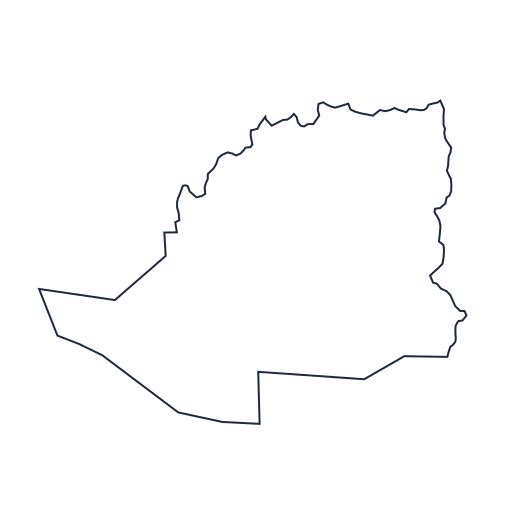 Kuala Krai, Kelantan, Malaysia, rotated 4°
{"feature_id": "92858781B31305353938168", "entity_name": "Kuala Krai", "entity_type": "district", "adm_level": 2, "iso_a3": "MYS", "parent_name": "Malaysia", "parent_adm1": "Kelantan", "projection": "albers", "projection_center": [102.231, 5.431], "detail": "fine", "context": "isolated", "style": "outline", "palette": "slate", "viewbox_px": 512, "rotation_deg": 4, "n_neighbors": 0, "source": "geoboundaries", "source_scale": "gbopen_adm2", "svg_char_len": 1982}
<svg xmlns="http://www.w3.org/2000/svg" viewBox="0 0 512 512"><g transform="rotate(4 256 256)"><path d="M255.6,116.5L250.7,124.0L248.5,129.1L242.2,131.0L242.2,135.9L243.1,139.8L244.6,144.9L242.9,147.8L238.0,148.6L236.3,151.5L233.4,154.9L229.0,157.1L225.1,155.4L220.3,154.6L214.7,157.8L211.5,161.0L209.8,167.3L207.4,171.9L204.4,175.1L202.2,177.5L202.5,182.4L201.0,186.5L200.0,191.1L201.0,197.5L197.8,199.9L192.5,201.6L190.8,200.4L185.4,196.3L183.0,191.1L180.8,190.4L178.2,191.0L175.1,201.4L174.3,203.3L173.5,207.8L173.9,213.2L175.8,218.1L177.0,225.7L173.1,228.0L175.4,237.9L162.9,239.0L165.9,262.2L118.3,309.8L41.9,304.0L63.5,349.3L85.6,356.1L109.5,365.7L189.4,417.5L234.0,423.9L271.3,423.2L266.3,371.4L372.5,371.4L410.9,345.6L453.9,343.3L455.0,337.6L456.2,333.0L458.5,331.1L460.7,328.0L461.1,324.6L460.4,319.7L460.0,315.1L460.0,311.7L461.5,308.3L462.6,306.7L466.4,306.0L470.1,300.7L468.0,296.5L463.4,296.5L458.1,291.9L452.7,281.6L448.5,277.8L442.8,275.6L438.3,271.0L434.5,270.2L431.0,263.4L434.1,260.0L439.0,255.0L442.5,250.8L443.2,244.7L443.2,236.8L442.1,231.8L437.5,228.8L437.9,218.1L437.9,213.2L436.4,207.8L434.1,204.0L431.0,199.9L431.4,196.4L436.4,195.3L441.3,190.3L442.1,184.3L444.7,182.4L446.2,177.8L445.9,171.3L445.1,165.6L442.8,161.8L440.5,157.6L441.3,152.7L441.3,147.0L441.3,143.2L442.8,139.0L443.2,134.4L437.9,127.6L436.3,124.9L435.2,120.0L435.6,115.8L434.0,112.4L433.3,104.0L433.3,100.2L433.3,96.4L429.0,88.1L426.4,90.3L421.9,91.5L417.7,93.0L415.8,96.8L413.1,98.7L409.3,99.1L404.4,98.7L398.3,98.7L396.0,102.1L387.7,100.2L383.9,98.7L379.7,101.0L375.1,102.5L369.4,101.8L362.9,107.8L350.4,106.3L345.1,105.2L340.1,103.3L337.5,97.6L328.7,101.0L324.5,102.5L319.6,101.4L315.8,99.9L312.4,98.0L307.8,99.9L307.4,105.9L309.3,111.6L307.0,115.4L305.5,117.7L304.0,120.4L298.7,120.8L294.9,123.4L291.5,123.0L288.4,119.6L286.9,114.7L283.8,111.6L281.2,115.1L277.8,117.7L273.2,118.5L262.6,124.9L256.5,119.2L255.7,117.0L255.6,116.5Z" fill="none" stroke="#1e293b" stroke-width="2"/></g></svg>